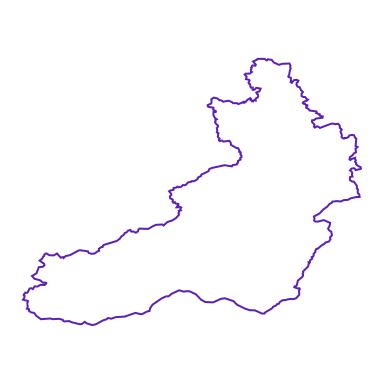 Chita, Equal Earth projection
{"feature_id": "RUS-2610", "entity_name": "Chita", "entity_type": "Region", "adm_level": 1, "iso_a3": "RUS", "parent_name": "Russia", "parent_adm1": "", "projection": "equal_earth", "projection_center": [116.487, 53.771], "detail": "fine", "context": "isolated", "style": "outline", "palette": "violet", "viewbox_px": 384, "rotation_deg": 0, "n_neighbors": 0, "source": "natural_earth", "source_scale": "10m", "svg_char_len": 5971}
<svg xmlns="http://www.w3.org/2000/svg" viewBox="0 0 384 384"><path d="M183.5,291.6L179.1,290.3L171.6,293.8L168.6,296.3L166.3,296.3L162.1,298.1L152.5,304.7L150.2,308.2L149.5,311.0L146.8,311.6L142.6,313.9L140.8,314.2L135.4,312.9L124.7,316.6L115.8,317.1L111.4,318.7L108.1,318.0L106.5,319.3L103.2,320.3L96.0,324.2L92.3,325.1L86.6,323.3L84.8,321.8L82.2,323.8L80.1,324.3L71.5,322.2L69.4,321.1L64.3,321.4L63.3,321.0L62.8,319.8L58.9,318.8L52.8,319.2L50.4,318.5L41.0,319.2L36.3,315.9L34.1,312.9L31.0,312.3L28.9,310.8L29.0,309.2L26.9,308.7L27.7,306.8L27.3,303.2L28.0,301.0L23.0,299.7L24.4,297.7L24.6,296.0L23.7,295.4L24.0,294.1L25.0,293.4L25.3,292.6L27.0,292.8L27.8,292.2L29.5,288.6L31.4,288.2L32.8,289.1L34.6,286.4L37.7,286.5L40.4,284.8L44.5,285.0L46.0,283.8L46.3,283.1L45.7,282.6L43.0,282.7L40.1,280.3L34.5,278.8L32.0,276.0L36.5,273.3L38.8,267.2L42.7,266.8L44.5,265.3L44.2,263.9L39.6,260.6L42.4,258.5L43.2,256.5L44.1,256.0L44.3,254.7L45.6,253.5L46.7,253.5L49.2,255.2L53.8,255.4L57.0,253.5L60.8,257.7L62.9,257.0L63.6,258.0L65.7,256.0L69.9,255.2L78.3,250.6L80.0,250.2L88.0,251.4L88.7,253.0L91.6,253.8L94.7,253.5L97.4,251.4L99.1,250.8L98.8,248.8L101.3,247.1L102.6,247.0L103.0,245.6L103.9,244.9L116.7,241.0L119.8,238.7L121.6,236.2L123.5,235.1L124.8,233.0L126.7,232.3L128.1,230.6L130.4,230.0L131.3,231.6L133.3,231.5L135.9,232.7L138.0,231.3L138.3,229.8L139.3,228.6L148.3,228.9L153.0,226.1L156.2,224.8L162.4,224.5L163.6,225.5L167.4,222.0L172.4,220.4L175.9,218.1L179.1,214.6L178.5,213.0L179.2,211.9L178.9,210.8L180.9,210.3L180.2,209.0L181.2,207.5L179.1,206.6L178.1,207.3L176.6,207.3L178.3,204.7L178.3,203.9L175.9,203.6L174.9,203.0L174.8,202.2L173.3,202.7L172.5,201.5L172.9,200.2L172.5,199.3L170.2,198.4L169.9,196.3L171.2,195.0L171.3,194.0L169.1,191.3L169.7,190.7L173.5,189.8L173.6,188.0L176.2,187.6L177.4,186.6L178.6,187.3L181.5,186.6L182.7,185.1L185.6,185.1L188.1,182.4L191.0,181.8L191.8,181.1L193.9,181.2L196.2,180.1L197.8,178.7L197.9,177.6L201.0,176.0L201.3,174.6L208.5,171.2L209.1,169.3L211.7,168.0L224.6,165.2L231.9,166.4L232.6,165.1L236.8,164.5L237.0,163.4L238.0,162.7L238.0,160.9L240.5,159.6L240.1,158.1L241.5,157.1L241.4,155.4L240.5,154.8L240.7,152.8L240.3,152.8L240.2,152.0L239.1,151.7L239.5,150.6L238.1,148.1L236.6,148.1L231.0,144.9L230.7,142.6L229.3,140.8L223.3,141.6L221.9,140.5L219.7,141.0L219.1,140.5L218.8,139.8L219.6,138.7L217.8,136.8L218.2,135.1L217.9,134.1L218.4,133.2L216.8,132.3L217.3,130.5L216.8,128.1L217.9,126.7L218.0,125.6L215.8,123.6L215.0,122.0L215.6,121.2L215.4,119.8L216.7,119.2L215.0,118.0L213.4,115.1L213.5,112.0L215.7,112.0L215.9,111.2L213.2,109.6L213.4,107.7L209.0,107.0L207.8,106.4L207.7,105.1L211.2,103.5L211.6,101.8L211.3,99.2L214.0,97.6L217.3,98.4L219.7,100.3L221.5,100.4L223.2,101.7L228.6,100.7L231.9,102.1L233.2,103.2L237.0,103.1L238.3,104.1L242.2,102.6L243.6,102.7L243.1,102.0L243.6,101.7L245.8,101.9L247.2,100.0L250.2,98.1L251.0,98.9L250.7,100.2L252.1,100.5L252.1,101.3L253.2,101.4L253.5,100.6L254.3,100.1L255.7,100.6L255.7,98.5L257.7,97.4L258.2,96.2L258.0,94.6L256.8,93.7L256.3,92.5L259.5,91.2L260.6,88.6L256.2,87.8L254.9,89.4L253.4,90.0L252.5,89.6L252.8,87.6L251.0,87.6L250.4,86.7L250.1,84.2L249.2,83.9L248.5,82.6L249.5,80.8L249.2,79.9L246.0,79.1L246.6,76.6L244.7,74.6L245.6,73.7L249.7,73.6L251.9,72.0L251.0,71.4L250.9,69.6L251.5,68.9L251.1,67.8L251.9,67.1L251.8,66.1L252.5,65.4L255.4,65.7L255.8,64.6L253.1,61.5L257.3,59.5L257.5,58.9L264.7,58.9L266.4,60.4L267.2,60.2L268.0,59.2L271.9,60.0L273.7,62.4L278.9,64.8L282.3,63.8L289.4,63.5L290.4,65.2L290.2,67.4L290.7,68.4L290.1,69.5L289.1,74.9L288.3,76.4L288.6,77.0L290.8,77.7L291.0,80.8L290.6,82.1L291.9,82.8L293.5,80.5L294.5,80.0L296.7,79.9L298.4,80.6L297.9,81.9L296.7,82.8L296.5,84.8L297.5,86.6L299.7,87.3L301.0,90.2L302.9,92.0L301.5,94.0L301.6,96.0L303.0,96.9L305.2,97.1L306.7,99.1L307.9,99.6L307.1,100.5L303.5,101.9L302.8,103.0L303.7,103.8L305.2,103.9L305.7,104.9L307.3,105.2L307.4,105.9L306.4,106.5L306.1,107.6L308.6,109.1L309.6,110.5L316.5,111.5L316.8,112.7L316.4,113.2L319.7,114.3L319.4,115.1L319.7,115.6L322.8,116.5L322.5,117.7L316.0,118.6L314.0,120.1L312.1,120.3L312.0,122.0L314.5,124.6L313.9,126.7L315.0,127.6L316.8,126.4L318.1,126.6L320.0,127.9L330.9,123.8L333.1,123.6L335.2,124.2L338.1,123.7L339.7,125.6L339.9,128.0L341.7,129.4L340.5,131.6L341.9,135.3L341.5,136.8L342.2,137.9L343.9,138.6L344.4,138.0L346.4,138.0L348.3,137.1L349.4,135.4L351.9,134.9L354.0,135.2L355.1,137.8L356.3,138.7L355.6,146.1L357.5,147.0L355.5,148.7L356.0,152.3L353.9,153.4L352.5,155.3L349.9,157.1L349.5,159.5L350.5,160.0L351.4,159.1L355.1,157.8L355.0,159.0L355.8,160.4L355.0,161.8L356.2,162.9L356.0,164.2L358.3,166.1L360.7,167.2L361.0,168.4L360.5,169.0L355.7,170.1L354.8,168.6L353.6,168.2L351.3,168.7L350.0,170.4L351.2,171.1L352.3,172.7L351.9,174.2L352.5,176.5L350.2,176.9L349.8,178.3L350.1,180.3L352.3,181.6L353.9,181.7L356.8,185.7L356.9,188.6L358.0,189.4L357.6,192.0L358.2,193.6L359.3,194.4L359.6,197.0L356.4,197.0L350.7,198.3L347.8,199.9L343.8,200.1L340.7,201.5L337.2,201.1L332.4,201.6L331.9,202.7L329.4,204.1L327.2,206.7L323.5,209.3L319.6,213.4L313.9,216.5L314.5,218.5L314.1,220.5L315.1,221.5L317.4,221.7L323.8,220.1L330.2,222.9L329.5,225.9L328.1,228.6L328.8,230.0L331.3,231.8L331.9,235.4L330.0,237.4L330.4,239.2L329.0,241.5L325.4,242.5L324.7,243.6L321.4,245.5L317.8,248.7L316.3,248.9L315.3,250.8L315.3,252.1L313.5,254.0L313.7,255.4L313.0,256.7L311.7,257.1L312.2,258.7L310.0,260.4L309.9,262.1L308.6,262.2L309.2,263.4L308.6,263.9L308.2,266.4L303.1,271.4L303.3,272.6L302.6,273.5L303.1,274.8L302.7,276.5L297.9,280.6L296.8,285.2L296.0,286.2L294.7,286.3L294.3,287.2L297.1,288.3L299.5,288.3L299.8,289.0L299.1,290.3L299.2,294.9L296.2,298.2L293.5,299.1L289.5,299.0L285.1,300.1L282.8,300.1L279.9,301.9L278.9,303.7L276.9,304.2L276.4,305.2L273.0,306.9L272.0,308.4L265.0,312.5L264.6,313.5L262.1,313.6L255.0,310.4L249.7,310.2L245.0,308.6L237.0,304.7L233.5,301.1L225.0,298.3L221.1,298.8L213.0,302.4L205.2,302.0L201.0,299.6L195.9,294.3L190.2,291.6L187.9,291.1L183.5,291.6Z" fill="none" stroke="#5b21b6" stroke-width="2"/></svg>